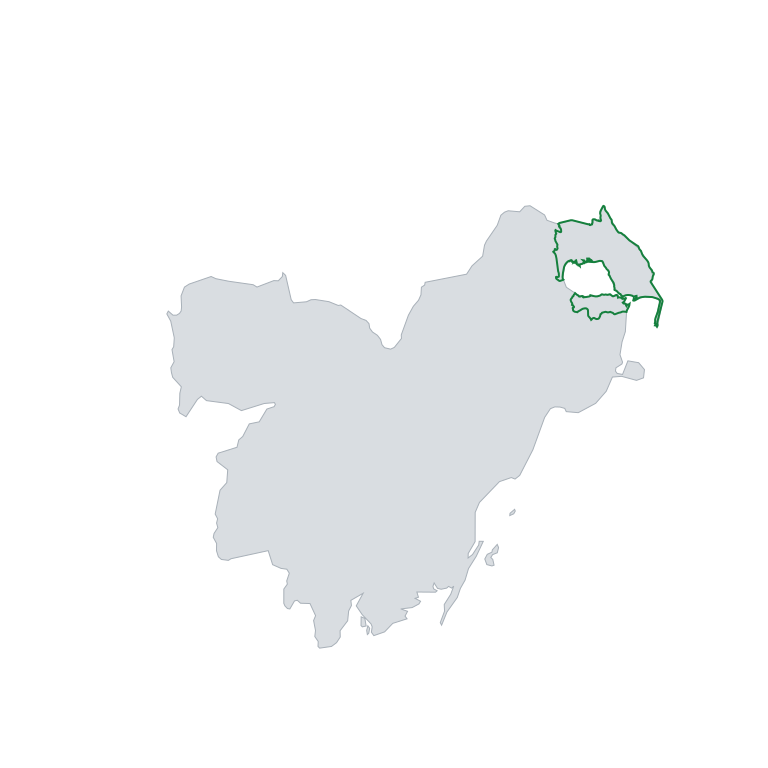 where Zulia sits in Venezuela, rotated 119°
{"feature_id": "VEN-31", "entity_name": "Zulia", "entity_type": "State", "adm_level": 1, "iso_a3": "VEN", "parent_name": "Venezuela", "parent_adm1": "", "projection": "mercator", "projection_center": [-71.765, 10.117], "detail": "fine", "context": "in_parent", "style": "outline", "palette": "green", "viewbox_px": 768, "rotation_deg": 119, "n_neighbors": 0, "source": "natural_earth", "source_scale": "10m", "svg_char_len": 9809}
<svg xmlns="http://www.w3.org/2000/svg" viewBox="0 0 768 768"><g transform="rotate(119 384 384)"><path d="M639.0,302.7L646.2,312.2L645.5,314.5L641.1,316.7L638.4,322.1L632.8,324.4L625.0,330.9L619.8,331.5L611.9,342.3L616.2,350.7L615.2,355.0L617.1,357.1L626.4,357.3L627.2,359.6L626.1,363.1L624.4,365.3L611.9,372.2L605.9,371.5L603.4,373.6L595.4,375.1L593.1,379.2L595.2,384.7L596.0,393.8L585.9,404.5L611.0,433.1L613.7,434.6L616.3,441.2L615.4,445.1L611.0,449.7L604.6,453.1L600.9,459.0L597.1,460.2L590.2,459.7L586.8,463.0L582.5,464.2L579.6,468.6L556.4,475.9L546.5,473.7L534.8,479.1L532.8,492.4L529.2,495.5L524.9,495.5L510.6,481.9L503.3,483.9L498.4,482.1L484.2,482.5L477.6,474.8L462.7,474.3L457.1,469.1L454.5,469.1L453.4,470.8L459.1,479.3L476.4,495.8L476.5,510.6L484.6,531.2L483.2,537.8L487.9,539.7L508.6,541.3L508.4,548.6L505.7,552.0L501.6,552.6L491.0,558.1L484.7,559.9L480.6,572.0L477.1,575.4L473.2,578.3L466.2,578.4L456.7,586.1L453.4,586.0L445.3,589.8L432.4,601.0L428.0,607.9L424.8,608.0L426.1,602.0L424.4,598.8L421.4,597.1L418.5,596.8L414.9,598.3L405.3,604.2L396.0,605.5L391.0,602.8L373.8,587.3L373.4,582.1L369.4,569.6L360.6,546.6L360.8,542.1L347.0,530.5L345.0,526.5L339.3,525.0L335.7,526.5L336.7,522.7L355.3,506.0L356.9,502.4L349.7,491.7L345.7,488.7L343.4,485.0L338.7,472.1L337.5,462.1L335.9,460.1L337.9,435.8L337.1,430.5L338.5,426.4L342.1,423.6L344.1,419.3L344.6,413.4L346.7,408.6L350.6,404.8L352.0,401.1L350.3,395.1L347.0,392.7L335.7,390.8L332.7,392.7L312.0,396.0L301.8,396.0L294.0,394.4L288.1,394.9L281.2,398.2L277.8,396.4L275.1,397.3L247.9,365.0L238.0,364.3L224.4,359.7L213.8,363.4L209.3,363.7L190.3,361.9L179.7,363.6L175.3,361.9L172.3,359.4L167.6,348.8L160.3,347.0L157.3,342.7L158.3,325.5L161.8,320.8L160.5,313.0L159.5,309.3L149.9,299.6L144.8,280.8L138.5,279.8L136.6,275.7L134.7,274.9L129.4,277.5L123.9,278.5L122.8,277.5L136.7,254.1L142.0,226.6L148.9,213.0L158.3,202.0L166.0,198.8L177.2,180.2L201.9,172.5L195.4,178.2L180.7,181.8L177.3,184.0L177.6,190.2L182.0,199.0L189.5,206.0L186.0,206.7L187.6,213.0L191.1,217.3L191.3,220.0L188.6,228.4L177.3,241.6L171.2,253.1L175.9,259.9L176.5,263.4L184.8,271.9L184.1,275.3L187.7,282.2L193.5,283.2L204.9,278.8L211.0,271.4L212.2,257.4L211.1,252.4L204.1,240.2L199.3,235.5L195.2,224.9L193.2,215.2L196.4,213.0L196.1,207.9L204.0,206.5L221.2,198.3L231.8,196.2L244.0,191.8L249.2,186.0L251.1,185.6L257.4,189.0L260.5,187.8L261.7,185.2L260.0,180.0L245.5,181.9L241.9,171.6L245.1,163.2L252.8,160.0L258.4,164.9L262.1,179.9L267.2,187.6L282.6,186.1L298.3,189.5L314.9,200.2L319.8,211.2L317.7,214.1L318.8,218.8L321.2,223.5L324.9,226.5L335.3,227.3L369.4,221.9L398.1,221.0L403.6,223.3L404.1,227.3L413.4,235.7L441.3,243.1L452.1,242.0L477.7,227.9L491.4,228.2L495.4,226.1L490.3,223.9L478.9,223.1L475.4,224.5L473.5,220.9L489.9,219.8L504.5,220.6L516.3,218.0L525.7,218.1L535.2,216.4L553.0,218.4L567.0,216.7L565.4,219.1L553.3,220.9L547.7,224.4L535.5,223.7L527.0,225.0L529.7,225.9L529.7,229.4L532.1,230.2L535.8,234.5L536.8,238.1L533.7,243.7L537.2,243.1L539.1,241.3L539.1,237.3L541.1,238.0L550.0,254.4L553.8,250.5L556.4,252.9L556.3,246.7L559.4,246.8L565.9,251.0L572.6,260.3L571.4,253.2L576.8,253.1L578.2,250.0L589.1,260.3L600.5,263.3L609.0,270.9L607.2,274.7L602.1,276.6L600.1,279.0L596.3,291.2L591.5,300.7L577.1,300.8L589.3,308.1L593.5,305.1L599.6,304.9L608.7,301.0L621.1,302.8L626.5,299.6L633.2,300.1L639.0,302.7ZM490.8,201.4L492.1,206.5L488.2,211.0L482.9,211.1L478.8,208.1L476.5,208.8L469.4,207.2L471.5,204.5L476.7,203.1L480.6,206.3L483.9,206.5L484.7,203.8L489.1,199.9L490.8,201.4ZM606.4,287.0L598.7,291.1L598.3,287.1L604.3,282.3L606.9,285.2L606.4,287.0ZM438.1,210.2L436.0,211.1L430.3,209.0L431.5,207.6L434.6,207.6L438.1,210.2ZM607.9,279.7L603.3,280.9L604.6,278.1L609.5,276.5L611.2,277.1L607.9,279.7Z" fill="#d9dde1" stroke="#a8b0b8" stroke-width="1"/><path d="M200.4,173.0L201.6,173.0L201.1,174.0L201.0,174.7L201.3,175.4L200.2,175.5L199.9,175.6L199.7,175.9L199.6,176.6L198.4,176.9L196.2,178.1L194.7,178.5L188.2,179.5L180.9,181.7L179.4,182.0L178.5,182.4L177.6,182.8L177.1,183.2L176.7,184.6L176.8,186.4L177.9,191.5L181.1,198.0L183.5,201.3L184.5,202.3L189.0,204.9L189.6,205.4L190.0,205.9L190.1,206.5L188.0,207.0L188.2,206.4L187.9,205.9L187.3,205.5L185.5,205.1L185.0,205.6L184.5,205.9L184.9,206.4L186.3,207.7L186.6,208.2L186.4,209.7L186.8,211.3L187.4,212.9L188.2,214.3L189.1,215.5L190.4,216.6L192.0,217.5L191.6,218.4L191.3,219.9L190.7,220.8L190.9,221.1L190.9,221.5L190.9,221.9L190.7,222.4L190.8,223.0L190.5,223.8L190.1,224.7L189.9,225.5L189.9,227.6L190.0,227.9L189.9,228.0L189.6,228.3L189.3,228.5L188.3,228.8L187.3,229.9L186.7,230.1L186.0,230.5L185.1,231.3L184.1,232.4L181.9,236.6L179.8,239.5L179.6,240.4L179.0,240.8L177.4,241.2L176.8,241.7L176.3,242.4L175.9,243.2L175.6,244.9L174.7,246.4L173.9,248.6L171.4,251.5L170.8,252.7L170.9,253.2L171.6,254.8L172.1,255.5L174.7,258.2L175.6,259.4L177.7,263.9L177.0,263.5L176.6,262.7L176.4,261.9L176.1,261.2L175.8,261.4L176.1,262.0L175.6,262.1L175.3,262.5L175.8,262.8L176.4,263.3L176.9,264.0L177.1,264.8L176.9,265.5L176.2,265.6L175.5,265.2L175.0,264.6L174.8,265.4L175.2,266.1L175.8,267.1L176.4,266.7L177.2,265.9L178.1,265.5L178.4,266.3L178.7,266.3L178.7,265.5L179.1,265.7L180.2,266.9L180.6,267.2L181.3,267.4L181.6,267.9L180.4,267.6L179.4,268.0L178.9,268.9L179.3,270.0L179.8,268.4L182.0,268.4L183.0,269.0L183.9,270.1L184.8,270.8L185.9,270.0L185.7,270.7L185.6,270.8L186.0,271.1L186.1,271.4L185.9,271.6L185.3,271.6L185.3,271.9L185.8,272.3L185.9,273.0L185.7,273.7L185.3,274.3L184.9,274.0L184.2,274.5L182.7,275.9L183.1,276.2L183.9,275.7L184.3,276.2L184.8,275.9L185.1,275.4L185.5,275.8L185.3,276.6L185.9,277.0L185.1,277.1L185.2,277.6L185.9,278.6L184.9,279.6L184.8,279.9L184.9,280.4L185.5,280.6L185.6,280.9L185.9,280.9L186.3,281.1L186.7,281.4L186.5,281.7L186.9,282.1L187.7,282.6L189.3,283.1L191.0,283.4L192.7,283.4L194.4,283.2L199.9,281.4L203.7,279.8L204.9,279.0L205.7,278.1L205.8,277.7L206.3,278.0L208.6,280.1L208.8,280.6L208.8,281.6L208.6,282.2L208.5,283.8L208.2,284.6L207.6,285.1L207.0,285.4L206.7,285.2L206.6,284.8L206.5,284.3L206.2,283.9L205.5,283.2L204.9,283.3L203.4,284.2L202.8,284.5L202.0,285.2L200.9,286.4L190.6,294.0L188.2,296.1L187.5,297.0L187.0,297.7L186.4,299.9L186.2,300.1L185.4,299.7L184.9,299.5L184.2,299.6L183.2,300.0L183.0,299.8L183.3,299.1L183.3,298.9L183.2,298.4L183.0,298.1L182.7,297.9L182.4,297.9L181.4,297.9L181.1,298.1L179.8,299.2L179.0,299.5L178.5,299.7L178.0,299.9L175.8,303.4L174.7,304.3L174.3,304.9L174.0,305.2L173.7,305.3L172.5,305.3L170.6,306.3L170.4,306.4L169.2,306.2L168.9,306.3L168.7,306.6L168.6,306.8L166.8,308.5L166.5,308.6L166.2,308.6L166.3,307.4L166.1,306.0L165.9,304.9L165.8,303.6L165.6,303.2L165.4,303.0L165.1,302.9L164.7,303.0L163.4,303.8L162.4,304.8L162.2,305.1L162.1,305.8L161.9,306.4L161.3,307.3L161.2,307.3L160.8,307.0L160.6,307.2L160.1,307.8L160.0,308.6L159.5,309.2L159.2,309.0L158.4,308.8L157.9,308.4L150.2,300.0L149.5,298.7L145.3,282.7L144.7,282.0L145.2,281.1L145.0,280.6L144.4,280.2L143.6,279.5L143.3,279.8L142.3,279.7L141.8,279.8L140.2,280.9L139.4,281.2L138.6,281.0L138.0,280.0L137.7,279.2L137.8,277.5L137.7,276.6L137.1,275.9L137.3,275.2L136.8,273.8L136.5,273.5L135.7,273.5L134.0,275.1L133.1,275.6L132.1,275.9L131.4,276.3L130.1,277.6L128.7,278.3L127.1,278.5L122.3,278.6L121.8,278.3L121.8,277.5L122.3,276.7L123.7,275.7L124.4,275.0L124.9,274.3L126.2,270.9L129.3,266.3L130.0,264.6L130.6,264.1L132.1,263.1L132.8,262.4L133.2,261.7L134.1,259.0L136.3,255.7L137.5,253.2L137.8,252.2L137.6,251.5L137.3,250.8L137.0,249.8L137.1,248.9L137.4,247.4L137.4,245.9L139.4,239.0L140.2,230.4L140.2,228.8L140.5,228.1L142.3,225.9L143.0,223.8L145.4,221.0L146.4,219.3L148.3,214.0L149.2,212.2L150.2,211.0L151.9,209.9L152.6,209.2L153.3,208.2L154.6,204.9L156.0,203.3L156.1,202.9L156.1,202.1L156.3,201.8L157.0,201.3L157.8,201.2L159.5,201.1L161.6,200.3L162.4,200.1L163.1,200.2L164.6,200.6L165.3,200.4L165.7,199.9L175.3,181.9L176.0,180.9L176.7,180.4L196.9,175.1L198.4,174.5L199.7,173.3L200.4,173.0ZM211.9,260.9L212.4,258.7L212.4,256.9L212.8,256.3L212.9,256.0L212.7,255.2L212.2,254.6L211.5,254.0L210.9,253.2L210.8,252.3L211.2,252.2L211.5,252.1L211.6,251.7L211.5,251.4L210.8,250.7L210.1,249.6L208.0,247.0L207.2,246.4L206.3,246.6L205.4,243.1L204.8,241.4L203.9,239.9L202.4,238.4L201.6,237.7L200.2,237.2L199.8,236.6L199.4,235.0L199.1,234.5L198.2,233.5L197.9,232.4L197.6,231.7L196.1,230.1L195.9,229.7L195.9,229.3L196.1,228.7L196.4,226.6L196.2,226.1L195.7,225.6L193.9,224.4L193.3,223.7L193.3,222.7L193.5,222.4L194.9,221.2L194.7,221.1L193.7,219.3L193.6,218.9L193.9,217.3L193.9,216.7L193.7,216.3L192.8,215.4L192.1,214.4L191.7,214.3L191.7,214.0L194.5,213.9L195.8,214.0L197.0,214.6L197.4,213.7L197.3,212.9L196.9,212.2L196.7,211.6L197.0,211.0L197.9,210.4L198.3,209.7L197.3,209.7L197.0,209.7L196.5,209.4L195.4,208.3L194.9,208.1L196.5,207.5L198.1,207.3L201.3,207.3L202.9,207.1L203.4,206.9L204.4,209.4L204.8,210.1L205.2,210.6L205.9,211.2L206.5,211.6L208.0,213.3L210.9,215.7L211.2,216.1L211.3,216.7L210.9,218.1L210.9,218.6L211.0,219.3L211.2,220.1L211.1,220.8L211.2,221.0L211.5,221.4L212.1,221.9L212.7,222.7L213.0,223.3L213.4,225.1L213.7,225.5L215.9,227.8L216.1,227.9L217.1,227.9L218.0,228.5L219.9,227.9L221.9,227.8L222.8,228.0L223.4,228.5L224.1,229.5L224.4,230.7L224.3,231.7L224.4,232.3L224.7,232.8L225.4,233.3L226.1,233.6L226.7,233.6L227.5,233.9L226.8,234.9L226.5,235.6L226.1,236.5L225.7,237.8L225.5,238.2L224.9,238.8L221.0,241.1L220.1,241.9L219.8,243.1L219.9,244.1L220.5,245.1L221.7,246.5L223.0,247.4L224.1,247.9L226.6,249.5L227.4,249.6L228.3,252.1L228.3,253.2L228.1,254.0L227.6,254.6L226.9,255.0L226.5,255.5L226.1,255.8L225.6,255.8L225.1,255.2L224.9,255.1L224.6,255.1L224.4,255.2L223.5,257.0L223.5,257.3L223.7,257.7L223.7,257.9L222.7,258.2L222.2,258.5L221.4,260.0L220.4,261.2L220.0,261.5L219.7,261.6L218.5,261.6L217.3,261.3L216.0,261.5L215.6,261.1L215.4,261.0L215.1,261.0L214.0,261.2L212.5,260.9L211.9,260.9Z" fill="none" stroke="#15803d" stroke-width="2"/></g></svg>